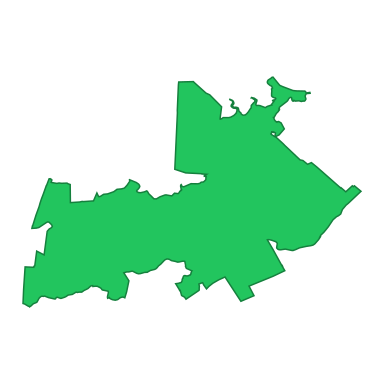 the district of Snagov, Ilfov, Romania
{"feature_id": "2599482B17655976887004", "entity_name": "Snagov", "entity_type": "district", "adm_level": 2, "iso_a3": "ROU", "parent_name": "Romania", "parent_adm1": "Ilfov", "projection": "natural_earth1", "projection_center": [26.137, 44.692], "detail": "fine", "context": "isolated", "style": "filled", "palette": "green", "viewbox_px": 384, "rotation_deg": 0, "n_neighbors": 0, "source": "geoboundaries", "source_scale": "gbopen_adm2", "svg_char_len": 5961}
<svg xmlns="http://www.w3.org/2000/svg" viewBox="0 0 384 384"><path d="M49.1,178.8L46.5,185.6L46.3,185.6L43.4,193.8L41.4,199.0L40.0,203.3L39.1,206.6L36.0,215.1L32.6,226.0L32.4,226.0L31.9,228.4L36.4,228.1L38.9,227.5L46.3,222.6L47.7,221.9L49.0,222.2L51.2,224.3L52.0,225.4L52.3,226.6L51.0,228.0L49.3,228.9L47.2,231.3L44.1,254.9L36.7,251.1L34.8,265.6L34.6,266.0L33.9,266.3L33.8,267.3L25.1,266.9L23.6,289.4L23.0,303.5L24.6,304.0L28.3,306.2L29.1,306.3L29.5,306.9L30.8,306.1L33.4,303.7L36.2,302.6L37.0,302.1L39.1,298.2L40.1,297.2L41.2,296.4L41.9,296.2L43.5,296.4L44.3,296.1L44.9,296.2L48.5,297.6L54.6,299.0L55.5,298.9L56.2,297.6L57.2,297.2L60.7,298.4L61.4,298.3L64.7,297.2L66.3,296.4L68.1,295.1L72.4,294.4L76.1,292.1L77.3,292.5L79.0,292.1L81.8,292.1L84.0,290.5L87.9,288.6L90.6,286.1L91.9,285.7L92.7,285.6L92.9,286.5L95.3,286.2L97.4,286.3L100.5,287.9L101.2,288.5L102.0,289.7L102.5,290.0L108.1,291.2L108.4,291.8L108.2,293.5L107.5,296.4L107.5,297.8L107.7,298.3L109.4,297.5L109.7,298.3L110.8,299.0L112.5,299.7L115.3,300.2L117.7,299.6L120.3,297.7L122.2,297.1L123.2,297.1L124.8,297.8L126.6,291.9L128.9,280.8L123.8,272.8L126.8,271.9L128.9,271.9L131.8,271.2L132.6,271.2L136.7,273.3L138.6,273.8L140.4,273.6L144.6,272.4L147.2,272.3L150.3,270.5L154.7,269.4L155.9,268.8L157.1,267.7L158.5,265.9L160.7,264.2L164.7,260.0L166.7,259.0L168.4,259.1L169.4,259.4L171.4,260.6L175.3,261.4L177.5,262.1L179.0,262.0L182.6,261.2L184.4,261.2L184.8,261.4L185.3,263.8L185.6,265.3L185.5,266.4L186.4,268.4L191.8,270.8L191.5,271.0L191.5,271.7L190.9,273.2L191.0,273.8L190.0,275.2L189.3,275.1L188.9,275.6L187.7,275.9L186.0,275.9L184.9,275.5L183.6,276.0L183.0,277.4L183.1,278.0L182.6,278.4L182.2,279.4L182.1,280.8L181.3,282.4L178.4,283.3L175.7,283.7L179.1,289.3L179.7,290.6L180.2,290.4L181.6,295.5L184.6,297.2L186.0,299.2L199.0,290.4L199.2,289.9L199.2,287.6L199.4,286.6L198.9,284.0L202.4,282.7L202.7,282.8L203.6,284.8L206.5,288.9L209.0,286.3L212.9,283.2L218.8,279.8L225.0,277.0L240.9,301.3L254.0,295.7L249.0,286.1L273.2,276.2L284.8,270.7L282.4,266.5L282.6,266.3L282.0,265.3L281.8,265.5L272.9,249.3L267.3,239.8L267.9,239.6L269.6,239.7L271.6,240.2L275.5,241.6L276.4,242.2L277.3,243.4L276.7,247.3L276.7,248.0L277.8,249.2L279.0,249.7L280.7,249.8L285.3,249.1L292.0,250.5L293.1,250.5L295.6,249.6L299.6,247.8L306.6,246.3L310.7,245.7L313.0,245.1L314.8,243.9L318.6,239.6L320.2,237.1L319.8,237.1L320.8,235.2L324.0,232.1L328.3,226.8L333.0,219.8L336.5,216.7L338.5,215.7L340.7,214.0L342.4,209.5L346.1,205.1L348.2,203.4L361.0,191.3L354.4,185.8L353.3,186.7L352.3,185.8L345.8,191.8L341.0,187.7L340.7,188.0L316.7,166.9L311.4,162.6L307.6,164.3L302.9,160.5L300.1,159.9L284.0,144.7L283.7,144.9L284.0,144.6L282.9,143.5L275.9,137.1L275.2,136.8L279.1,134.9L284.3,128.9L281.1,122.9L278.6,121.5L277.0,122.1L276.9,121.7L276.1,121.7L274.8,120.4L273.5,117.5L274.1,117.4L276.3,113.5L278.1,111.7L279.3,110.0L278.8,109.9L279.3,108.6L279.0,108.4L279.8,106.9L286.8,101.5L287.7,100.6L288.9,98.4L290.4,97.4L291.4,97.5L291.7,98.1L291.9,99.9L292.6,101.0L293.5,101.1L293.6,100.6L293.9,100.3L295.2,101.1L299.0,100.8L301.3,101.5L302.8,101.1L304.4,101.1L305.1,100.6L305.9,99.1L305.8,98.4L305.4,97.3L305.1,95.9L306.2,93.8L306.7,93.6L310.1,93.3L309.9,92.4L306.1,93.0L305.7,91.8L304.9,91.1L296.2,90.9L292.9,90.5L282.6,86.6L279.7,85.3L273.0,77.1L271.8,77.4L270.9,78.3L268.2,80.0L267.5,81.2L267.3,82.1L267.5,83.0L268.2,83.9L270.3,85.6L271.6,86.1L272.5,88.1L271.5,89.0L271.7,89.8L271.8,91.2L271.6,93.3L271.6,95.5L271.6,95.9L272.4,96.9L274.5,97.9L275.3,97.9L275.8,98.5L275.4,99.4L274.8,99.8L273.2,100.1L272.6,100.5L272.7,100.8L274.0,101.1L274.0,101.3L271.1,105.0L271.3,105.1L267.3,106.4L265.3,107.6L259.9,105.6L258.3,105.4L256.6,105.5L256.2,105.2L255.8,104.4L256.1,103.2L256.9,100.9L256.9,100.0L254.3,98.2L251.5,97.5L251.3,97.9L251.8,97.9L254.6,99.8L254.9,100.4L255.0,101.3L254.5,102.0L253.2,103.2L253.3,103.3L252.7,104.0L253.0,104.4L252.7,104.1L252.4,104.3L252.7,104.6L252.3,104.4L252.1,104.7L252.4,105.0L252.0,104.7L251.3,105.4L251.1,107.9L250.1,109.1L248.4,111.8L246.8,113.7L245.3,114.9L243.5,115.2L242.8,115.1L241.3,114.1L240.8,112.8L239.1,111.4L238.3,108.1L237.0,107.4L235.7,107.2L233.9,107.3L232.9,106.6L232.3,105.8L233.6,104.1L233.9,103.2L233.6,102.0L232.9,100.8L232.2,100.3L229.9,99.3L229.8,99.6L232.0,100.8L232.6,101.3L232.8,101.9L232.3,103.7L231.5,104.6L231.2,105.3L231.1,106.2L232.0,107.2L233.3,108.1L236.3,108.5L237.0,109.1L236.9,111.3L236.3,112.5L236.3,113.1L233.8,115.5L230.8,117.1L228.9,117.6L223.1,117.6L222.0,118.6L220.8,118.6L220.7,119.2L220.1,119.1L220.1,118.4L221.6,106.8L209.7,94.8L206.0,93.1L194.1,82.4L193.4,81.6L178.7,82.0L178.4,84.9L177.3,110.3L177.4,112.9L174.8,169.3L185.7,172.9L201.3,173.7L202.1,173.8L202.1,174.0L206.6,174.3L205.3,175.1L205.4,175.4L205.1,175.6L205.0,175.4L204.2,175.9L204.3,176.3L205.6,176.0L206.0,176.2L206.1,176.5L205.9,176.5L205.9,179.4L205.5,180.1L203.9,181.6L203.3,182.0L201.2,182.2L199.7,183.4L197.7,183.8L191.0,183.7L183.8,186.8L181.9,186.4L181.5,185.0L181.2,184.6L180.7,185.2L180.6,186.2L181.2,189.2L180.9,190.3L181.2,190.3L180.7,190.8L180.5,190.7L180.2,191.0L179.5,191.8L179.2,192.6L178.1,193.6L174.5,193.2L171.8,195.9L166.1,194.9L164.9,195.0L160.0,196.8L156.4,198.9L153.8,198.8L152.9,197.7L152.3,197.4L152.1,196.9L148.8,193.8L147.4,191.4L146.7,190.9L144.3,191.9L140.6,192.7L138.5,192.5L137.0,191.7L136.7,191.2L136.8,190.4L137.6,189.8L139.3,187.7L139.8,186.4L139.4,185.2L138.6,184.1L136.3,182.5L129.5,179.7L129.4,179.9L130.0,180.5L129.6,181.5L127.0,185.3L124.4,188.1L121.4,188.9L117.0,189.3L113.8,191.7L107.6,193.9L103.6,194.3L100.5,196.3L98.9,196.7L98.5,196.4L96.9,193.0L93.5,200.9L84.8,201.5L83.0,201.6L82.2,201.4L79.8,202.0L70.4,202.6L70.2,184.5L68.3,183.9L67.0,183.1L61.5,183.3L59.1,183.0L56.8,183.4L51.5,182.5L51.1,182.3L51.9,180.0L51.3,179.7L51.0,179.1L50.5,179.1L50.2,178.7L49.1,178.8ZM275.2,136.8L271.4,134.5L270.9,133.9L271.5,133.1L271.7,132.0L272.1,132.2L272.3,131.8L273.3,132.4L273.6,131.9L275.5,133.0L275.2,134.4L275.2,136.8Z" fill="#22c55e" stroke="#15803d" stroke-width="1.5"/></svg>